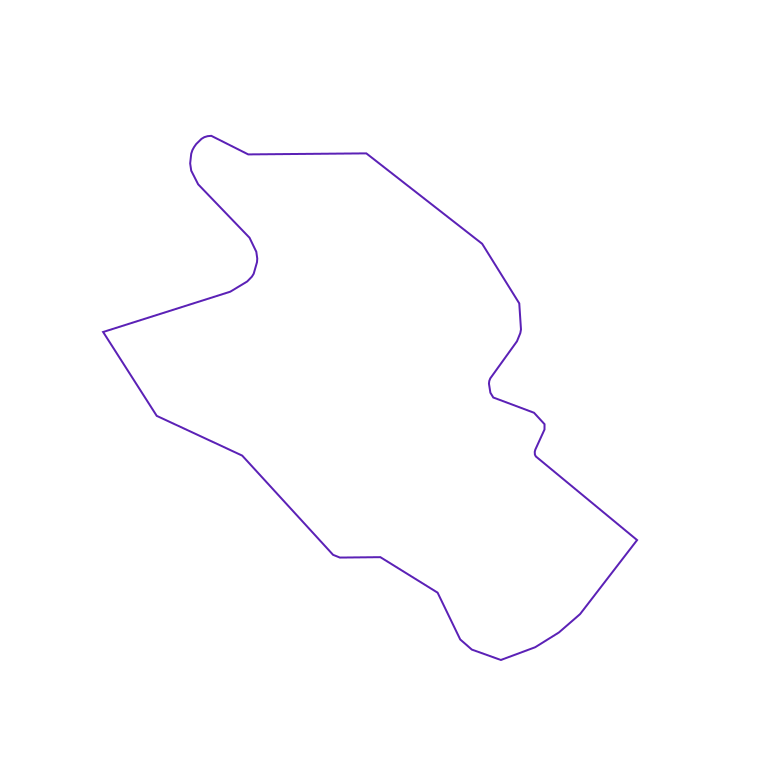 Ealing, orthographic projection, rotated 40°
{"feature_id": "GBR-2066", "entity_name": "Ealing", "entity_type": "London Borough", "adm_level": 1, "iso_a3": "GBR", "parent_name": "United Kingdom", "parent_adm1": "", "projection": "orthographic", "projection_center": [-0.328, 51.519], "detail": "fine", "context": "isolated", "style": "outline", "palette": "violet", "viewbox_px": 768, "rotation_deg": 40, "n_neighbors": 0, "source": "natural_earth", "source_scale": "10m", "svg_char_len": 791}
<svg xmlns="http://www.w3.org/2000/svg" viewBox="0 0 768 768"><g transform="rotate(40 384 384)"><path d="M622.0,531.0L606.6,530.7L559.2,509.4L492.5,519.0L461.8,545.3L454.8,547.6L321.4,530.0L230.4,554.5L135.4,524.7L206.9,412.1L213.3,393.4L213.8,386.7L213.3,383.3L208.4,372.3L206.3,369.4L201.2,364.8L187.0,358.4L113.3,350.5L99.2,344.5L93.7,339.6L88.3,331.5L86.9,328.0L86.2,324.5L85.9,320.9L86.6,313.6L87.7,310.4L89.6,307.5L92.2,304.9L132.4,295.4L222.2,218.7L369.1,213.5L435.8,235.3L453.9,254.2L455.7,257.4L458.4,265.8L461.8,311.4L462.7,314.0L464.2,316.3L471.1,322.3L476.4,324.1L517.4,309.6L532.8,311.6L536.2,315.7L542.1,337.0L543.1,339.1L545.0,341.1L546.9,341.9L678.2,340.9L682.1,434.2L677.7,461.9L669.0,488.5L650.9,520.3L622.0,531.0Z" fill="none" stroke="#5b21b6" stroke-width="2"/></g></svg>